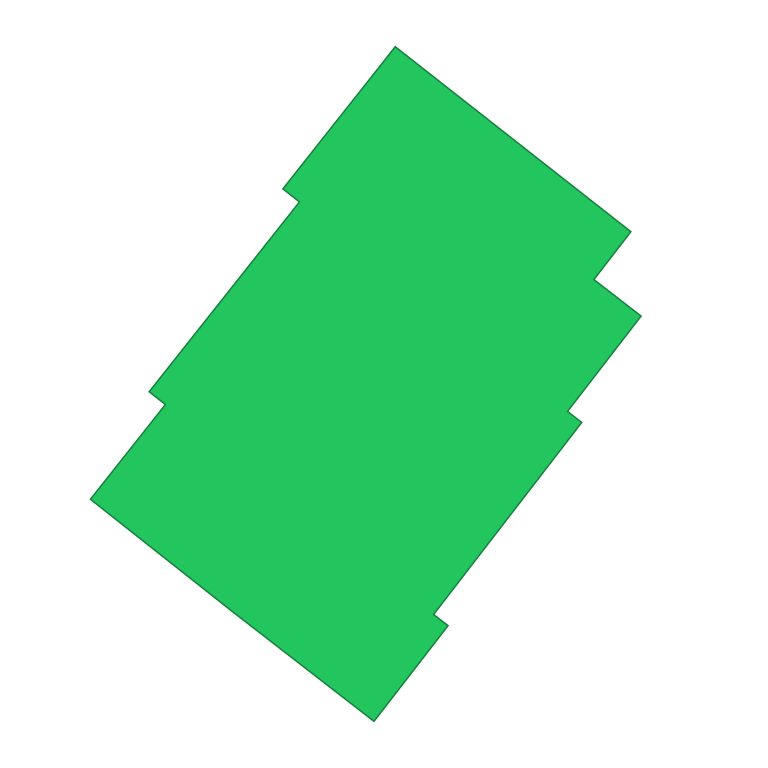 McHenry, North Dakota, United States of America, rotated 38°
{"feature_id": "52423323B92071804936124", "entity_name": "McHenry", "entity_type": "district", "adm_level": 2, "iso_a3": "USA", "parent_name": "United States of America", "parent_adm1": "North Dakota", "projection": "orthographic", "projection_center": [-100.663, 48.24], "detail": "fine", "context": "isolated", "style": "filled", "palette": "green", "viewbox_px": 768, "rotation_deg": 38, "n_neighbors": 0, "source": "geoboundaries", "source_scale": "gbopen_adm2", "svg_char_len": 410}
<svg xmlns="http://www.w3.org/2000/svg" viewBox="0 0 768 768"><g transform="rotate(38 384 384)"><path d="M583.8,656.0L583.3,535.0L565.0,535.1L563.5,292.6L545.5,292.6L544.8,172.2L485.1,172.5L484.8,112.0L185.2,111.3L184.9,171.8L184.5,232.1L184.2,292.5L205.3,292.6L204.9,353.6L204.1,474.4L203.7,534.7L224.4,534.8L223.6,655.6L403.5,656.7L583.8,656.0Z" fill="#22c55e" stroke="#15803d" stroke-width="1.5"/></g></svg>